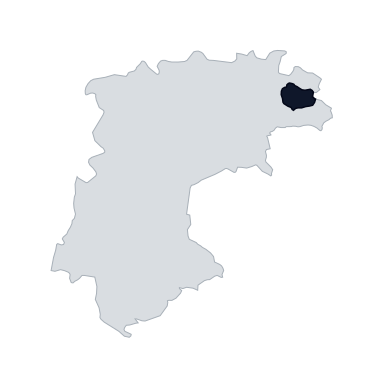 Nzérékoré highlighted on a map of Guinea, rotated 278°
{"feature_id": "GIN-5655", "entity_name": "Nzérékoré", "entity_type": "Prefecture", "adm_level": 1, "iso_a3": "GIN", "parent_name": "Guinea", "parent_adm1": "", "projection": "robinson", "projection_center": [-8.704, 7.993], "detail": "fine", "context": "in_parent", "style": "filled", "palette": "ink", "viewbox_px": 384, "rotation_deg": 278, "n_neighbors": 0, "source": "natural_earth", "source_scale": "10m", "svg_char_len": 4160}
<svg xmlns="http://www.w3.org/2000/svg" viewBox="0 0 384 384"><g transform="rotate(278 192 192)"><path d="M236.7,260.8L233.5,260.3L232.0,261.0L227.8,266.6L225.3,268.8L221.3,268.1L219.9,268.5L218.9,267.8L220.3,264.8L222.3,258.7L227.5,252.5L227.7,251.2L225.5,247.6L223.3,242.8L223.3,237.5L222.9,233.7L218.3,232.7L217.5,232.0L217.3,230.8L219.9,224.2L220.1,222.9L219.8,221.7L217.0,218.4L212.6,212.2L205.0,199.5L202.2,196.8L199.5,192.9L198.5,190.5L195.7,189.6L169.3,189.7L168.8,193.0L159.7,195.3L154.1,192.7L147.9,194.2L144.8,195.9L142.5,203.3L141.1,204.9L139.8,208.2L138.6,210.0L137.2,213.7L134.2,218.9L131.1,222.3L125.8,224.1L124.1,229.6L122.9,231.6L120.9,233.2L118.7,234.3L114.4,233.2L111.9,234.2L111.5,232.8L112.9,228.5L111.8,226.2L107.7,221.7L107.3,219.5L106.0,216.7L100.6,210.9L95.5,211.3L96.9,206.4L96.9,199.9L95.1,196.4L95.6,192.8L94.6,193.0L92.9,195.5L90.2,194.7L84.6,190.9L81.9,187.2L81.5,184.0L80.9,182.8L79.2,183.4L75.7,183.3L65.1,177.7L57.7,163.5L57.5,160.3L58.6,154.8L58.4,153.3L54.9,156.9L54.2,154.5L51.6,148.8L50.9,145.5L48.3,144.1L46.3,143.8L44.7,144.9L42.6,151.6L41.0,151.5L39.4,150.1L39.8,145.1L43.9,138.9L50.9,123.2L53.3,119.6L54.9,118.3L58.1,118.2L64.4,116.1L72.2,111.2L78.1,111.6L85.1,111.0L94.2,107.6L94.4,97.1L94.1,94.7L90.8,92.6L89.0,90.8L87.4,88.5L85.4,86.8L85.5,85.0L89.5,82.8L93.2,82.8L94.5,82.0L95.4,80.5L96.4,76.6L96.8,72.6L94.4,67.3L94.6,63.4L107.9,64.0L115.3,65.1L121.3,65.3L122.2,66.2L121.4,69.9L122.1,72.1L124.2,72.7L127.5,70.1L129.3,70.7L133.0,73.9L136.5,74.8L140.3,76.5L143.9,77.5L147.1,77.4L149.5,79.2L153.9,79.7L159.7,77.4L164.2,76.4L170.6,76.2L173.9,76.9L183.6,75.1L191.2,76.1L190.0,77.4L186.5,85.8L186.9,87.3L194.6,94.5L196.5,95.0L198.6,94.0L201.9,90.7L204.5,87.1L207.1,85.4L210.0,85.5L212.4,88.0L217.9,98.6L219.2,100.0L220.6,99.9L223.0,98.0L224.2,95.6L229.3,88.7L237.2,85.2L256.0,93.2L258.7,93.8L260.4,93.2L262.7,88.4L269.8,84.4L273.2,83.3L275.1,83.2L275.9,81.9L276.2,79.9L275.8,77.9L273.6,74.3L273.6,73.3L274.8,72.6L277.5,72.1L281.0,72.4L284.9,74.0L288.1,76.2L290.0,78.9L293.5,90.1L297.4,98.8L297.3,110.6L299.0,111.8L300.9,112.3L301.8,113.2L303.8,118.0L305.6,119.4L307.7,119.8L311.8,122.9L314.4,124.1L314.8,125.0L314.7,126.3L313.7,127.9L309.7,131.2L307.8,134.0L303.8,140.6L303.7,141.8L304.5,142.7L306.2,142.9L308.0,142.5L311.6,140.0L314.5,140.9L317.3,142.7L318.3,144.7L318.6,147.2L318.0,150.4L317.9,154.1L318.8,160.3L320.2,166.5L321.7,168.8L331.0,174.2L331.9,176.3L332.4,178.6L331.7,181.7L330.7,183.5L325.6,188.4L324.9,190.7L325.3,195.0L325.6,213.2L327.6,216.2L330.0,217.8L335.6,216.9L335.5,222.0L334.7,227.6L338.0,229.4L339.6,231.1L340.5,232.7L335.4,235.7L333.9,237.5L333.2,242.2L333.4,246.6L340.3,249.7L343.0,253.3L344.1,257.1L344.6,264.3L343.9,265.9L342.2,265.9L338.6,261.6L333.3,261.1L329.3,260.3L322.6,260.9L321.5,262.2L320.7,271.7L322.3,273.3L325.5,275.1L327.6,275.8L329.3,275.6L330.6,276.8L330.9,279.9L330.0,282.2L328.3,284.4L326.1,289.9L326.6,294.9L322.8,302.9L321.7,304.5L316.8,302.9L313.5,302.4L311.2,304.4L307.9,301.3L307.3,298.8L306.2,298.3L304.0,298.3L302.0,299.7L301.1,302.2L300.6,307.4L297.0,312.3L294.4,318.4L291.5,317.8L290.8,318.5L287.7,320.1L285.0,320.6L284.3,318.9L282.7,317.6L280.9,315.0L278.9,312.9L275.1,311.5L273.6,312.1L271.8,312.0L270.6,311.1L270.8,309.9L272.8,306.7L273.9,303.8L274.6,300.6L274.5,297.6L273.5,293.3L271.8,289.9L271.3,287.9L271.5,285.1L271.2,282.5L270.6,281.2L269.8,276.2L268.8,275.3L268.2,271.4L268.4,267.3L266.9,265.8L264.6,264.7L263.2,263.1L262.4,261.3L261.5,260.8L260.8,260.9L260.1,262.0L259.4,262.2L258.0,258.4L257.4,258.3L256.5,259.2L245.7,263.4L244.4,259.8L242.3,259.1L238.7,260.6L236.7,260.8Z" fill="#d9dde1" stroke="#a8b0b8" stroke-width="1"/><path d="M307.8,298.3L302.9,298.0L302.5,299.0L301.4,300.5L301.2,301.4L297.8,300.9L294.7,299.4L293.5,296.5L292.4,292.7L290.6,288.9L290.1,285.3L289.2,283.0L287.0,281.1L287.7,279.7L289.5,278.4L290.3,275.1L292.3,270.7L293.6,269.6L297.2,268.6L300.8,266.8L304.3,266.5L306.9,267.2L308.5,269.2L309.0,270.9L311.5,271.1L312.9,272.3L313.5,273.4L313.3,276.1L312.9,277.8L311.6,279.1L311.0,281.3L309.7,283.9L308.5,286.7L308.5,289.7L309.3,292.2L310.2,294.8L309.3,296.8L307.8,298.3Z" fill="#0f172a" stroke="#020617" stroke-width="1.5"/></g></svg>